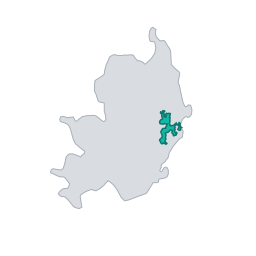 Solothurn highlighted on a map of Switzerland, rotated 127°
{"feature_id": "CHE-3426", "entity_name": "Solothurn", "entity_type": "Canton", "adm_level": 1, "iso_a3": "CHE", "parent_name": "Switzerland", "parent_adm1": "", "projection": "mercator", "projection_center": [7.597, 47.288], "detail": "fine", "context": "in_parent", "style": "filled", "palette": "teal", "viewbox_px": 256, "rotation_deg": 127, "n_neighbors": 0, "source": "natural_earth", "source_scale": "10m", "svg_char_len": 5125}
<svg xmlns="http://www.w3.org/2000/svg" viewBox="0 0 256 256"><g transform="rotate(127 128 128)"><path d="M183.8,83.4L185.1,84.2L188.2,87.0L187.5,91.7L184.0,99.3L182.1,105.5L181.9,110.2L182.3,112.4L182.9,112.3L186.2,112.7L187.9,112.7L193.2,113.9L197.5,115.8L198.3,117.8L198.9,120.1L204.0,123.4L209.8,125.5L211.7,124.8L219.0,117.2L221.8,118.5L223.4,122.5L223.4,124.7L221.4,132.8L221.0,137.1L222.8,140.0L222.9,142.2L222.4,144.2L219.6,144.4L215.7,143.3L212.4,139.8L209.9,140.2L207.8,141.1L206.7,144.4L205.7,148.4L206.0,150.5L207.6,152.2L208.8,155.8L209.6,160.4L210.3,162.5L209.6,163.5L207.5,164.1L205.8,163.5L202.9,158.0L201.5,155.9L199.2,155.5L195.1,156.8L188.7,159.9L186.2,159.9L184.0,159.3L182.0,156.7L180.3,151.6L179.7,148.4L178.5,148.5L174.5,147.6L172.6,148.9L172.6,154.0L172.2,160.5L170.2,164.6L164.6,171.8L162.5,174.9L161.7,177.2L161.5,179.1L162.3,182.5L163.5,185.7L162.5,187.5L159.6,188.5L157.5,186.6L156.6,183.1L152.1,178.3L154.2,174.4L153.8,173.4L146.3,171.3L143.0,168.3L138.5,163.0L137.6,160.7L137.8,153.3L137.6,151.5L136.9,150.7L134.7,150.7L131.7,153.3L128.8,157.1L123.0,161.5L122.4,162.4L124.4,166.6L124.3,168.2L119.6,174.9L118.7,177.1L112.7,181.3L109.9,182.9L101.6,179.8L99.3,179.4L95.6,181.5L90.4,183.5L81.9,185.4L78.8,184.0L77.3,182.6L76.6,180.6L74.4,177.1L72.0,174.9L70.4,172.6L68.1,170.1L66.7,168.0L68.6,161.2L67.2,158.8L66.5,155.4L66.9,153.1L66.1,152.5L58.4,151.2L52.1,151.6L47.5,153.9L43.8,157.7L43.4,158.5L43.6,159.2L45.4,162.6L42.3,166.3L37.5,169.1L34.1,169.4L32.6,168.8L32.6,164.9L35.4,163.5L37.9,160.9L38.8,157.4L39.1,154.8L36.4,151.8L36.7,149.9L38.4,146.3L39.3,143.2L40.7,140.5L46.0,136.0L51.3,131.5L52.1,126.7L52.5,120.9L53.2,119.5L60.4,116.0L62.2,114.6L63.1,112.6L68.8,106.1L74.4,99.5L75.5,97.4L76.4,96.1L76.4,95.0L75.7,94.2L73.1,93.6L72.2,91.6L75.0,87.9L78.7,85.6L82.2,85.5L83.6,86.6L83.5,87.8L85.0,89.1L87.7,89.6L91.0,89.1L94.3,87.7L96.3,84.4L97.5,81.9L102.6,79.1L106.1,80.5L115.9,80.9L123.0,80.1L127.4,78.2L132.9,78.2L136.6,79.3L137.3,79.1L138.3,78.8L139.3,77.8L142.8,77.1L143.2,76.2L143.1,75.3L142.5,74.9L138.2,75.3L136.6,74.6L136.1,73.1L137.5,70.3L140.7,68.0L143.3,67.5L145.3,68.1L150.0,72.3L151.1,72.4L151.7,71.7L152.7,71.2L154.3,72.1L156.2,74.6L156.5,75.0L167.0,74.1L169.3,74.1L176.4,78.7L183.8,83.4Z" fill="#d9dde1" stroke="#a8b0b8" stroke-width="1"/><path d="M100.2,96.2L100.6,96.2L100.7,95.6L100.6,95.4L100.6,95.1L100.4,94.9L100.0,94.7L99.3,94.1L98.9,93.5L98.6,93.2L98.2,93.1L97.9,93.1L97.1,93.0L95.0,92.5L95.7,91.5L96.2,91.3L96.5,91.4L97.3,91.8L98.0,91.9L98.4,91.8L98.7,91.6L98.9,91.3L99.0,91.1L99.2,90.7L99.3,90.6L99.5,90.5L100.7,90.4L100.9,90.4L101.0,90.2L100.9,90.0L100.8,89.8L100.9,89.4L101.1,89.3L102.1,89.2L102.6,88.7L103.1,87.3L103.0,87.2L102.9,86.9L102.3,86.6L102.6,85.9L102.9,85.8L104.1,86.0L104.2,85.8L104.3,85.7L104.3,85.4L104.7,85.4L106.5,86.6L106.8,87.0L106.6,87.2L106.4,87.6L106.2,87.8L105.9,88.1L105.7,88.3L105.7,88.5L105.6,89.3L105.5,89.8L105.1,90.3L103.9,90.7L103.5,90.8L103.5,91.3L103.6,91.8L103.6,92.2L103.9,93.0L104.0,93.1L105.7,93.1L106.8,93.3L107.7,93.8L108.1,94.1L108.4,94.5L108.7,94.7L109.0,94.8L109.9,95.1L110.0,94.6L110.7,93.5L111.2,93.1L112.1,92.9L112.4,92.6L113.5,92.2L113.7,91.7L113.9,91.1L114.2,91.0L114.5,91.0L115.0,91.0L115.9,90.7L116.7,90.1L117.0,89.8L117.0,89.5L116.8,89.3L116.7,89.0L116.6,88.8L116.6,88.7L116.8,88.2L117.0,87.6L117.7,87.7L118.1,88.1L118.1,88.3L118.2,88.5L118.2,89.2L118.5,89.4L118.6,90.3L118.8,90.6L119.2,90.9L119.6,91.2L120.2,91.3L120.2,92.5L119.9,93.2L119.4,94.0L118.8,95.3L118.5,95.5L118.2,95.7L115.5,95.3L115.1,95.2L114.8,95.1L112.9,96.8L112.8,97.0L111.7,99.0L111.4,99.4L110.0,99.8L109.5,99.6L108.7,100.0L107.5,99.9L107.1,99.6L105.6,97.8L104.1,98.5L101.2,98.9L101.8,99.6L101.9,99.9L102.0,100.3L102.1,100.8L102.9,101.8L103.6,102.1L104.3,103.1L104.9,104.2L105.1,104.7L105.2,105.1L105.1,105.3L105.0,105.5L104.9,105.6L104.5,105.8L104.2,106.2L103.8,106.7L103.5,106.7L101.6,106.7L100.4,105.9L100.0,106.0L99.4,106.5L98.2,108.2L97.6,108.7L96.5,109.2L96.3,109.4L96.4,109.7L96.6,110.3L96.6,110.5L96.6,110.9L96.4,111.1L96.2,111.3L95.4,111.6L95.0,110.7L95.0,110.1L94.9,110.1L94.5,110.2L93.3,110.5L93.2,110.5L92.9,110.3L92.7,109.7L92.4,109.2L92.4,108.8L92.6,108.7L93.0,108.8L93.3,108.8L93.7,108.9L93.9,108.9L94.7,108.7L95.0,108.5L95.1,108.2L95.0,107.6L95.1,107.3L95.3,106.9L95.8,106.5L96.1,106.6L96.4,106.7L96.7,106.6L97.2,106.3L97.3,106.0L97.2,105.8L97.0,105.6L96.8,105.4L96.8,105.1L96.7,104.3L96.0,104.5L95.8,104.6L95.5,104.9L95.1,104.9L94.9,105.2L94.5,105.6L94.2,106.0L93.8,106.2L93.4,106.2L93.1,106.2L93.1,105.8L93.0,105.7L92.7,104.9L92.6,104.7L92.4,104.6L92.0,104.4L91.8,104.3L91.6,104.1L91.5,103.8L91.4,103.5L91.1,103.0L91.2,102.7L94.4,101.3L94.3,100.8L95.2,100.1L96.2,99.7L96.6,99.3L97.1,98.8L97.4,98.5L97.7,98.3L99.1,97.9L99.5,97.6L99.8,97.3L100.1,96.3L100.2,96.2ZM96.3,86.0L96.9,85.5L97.0,85.4L97.1,85.2L97.8,84.9L98.6,85.2L98.9,85.3L99.0,85.5L99.1,87.4L96.4,87.9L95.7,87.9L95.6,87.6L95.4,87.1L95.4,85.7L95.7,86.0L96.3,86.0ZM92.9,89.1L93.7,88.8L94.3,88.0L94.5,88.3L94.7,88.5L94.8,88.6L95.2,88.6L95.3,88.6L95.4,88.8L95.8,89.4L95.8,89.6L95.8,89.9L95.1,90.3L92.8,90.4L92.9,89.1Z" fill="#14b8a6" stroke="#0f766e" stroke-width="1.5"/></g></svg>